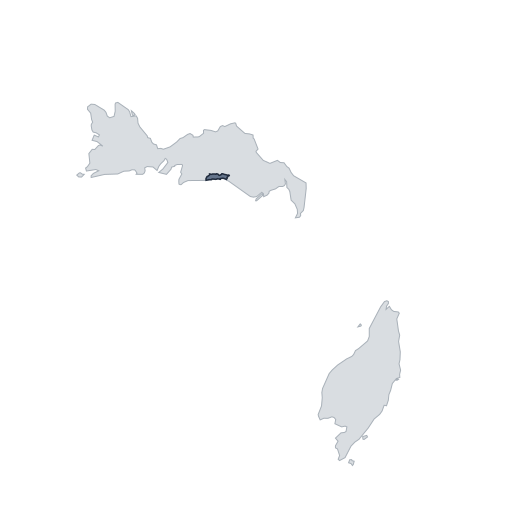 Bintulu, Sarawak, Malaysia shown in context, rotated 230°
{"feature_id": "92858781B86013998002036", "entity_name": "Bintulu", "entity_type": "district", "adm_level": 2, "iso_a3": "MYS", "parent_name": "Malaysia", "parent_adm1": "Sarawak", "projection": "natural_earth1", "projection_center": [113.204, 3.314], "detail": "fine", "context": "in_parent", "style": "filled", "palette": "slate", "viewbox_px": 512, "rotation_deg": 230, "n_neighbors": 0, "source": "geoboundaries", "source_scale": "gbopen_adm2", "svg_char_len": 5573}
<svg xmlns="http://www.w3.org/2000/svg" viewBox="0 0 512 512"><g transform="rotate(230 256 256)"><path d="M440.4,254.3L437.6,253.8L433.6,251.0L429.6,250.0L418.0,249.9L416.3,249.1L414.0,250.7L410.0,249.3L407.7,249.5L405.1,251.2L401.4,249.7L399.7,252.2L397.3,253.7L394.8,260.4L394.3,268.5L394.8,273.4L393.6,276.1L393.1,281.8L392.2,284.2L389.0,285.3L387.5,284.4L384.6,287.9L383.9,289.3L383.7,294.7L386.0,296.5L386.0,297.7L381.2,302.2L377.1,304.8L376.4,307.1L378.1,311.9L377.4,314.2L375.2,315.3L373.6,321.5L371.6,325.4L370.8,325.8L368.0,324.6L357.0,326.3L353.7,329.5L350.6,331.5L348.1,329.6L346.9,329.8L336.6,326.3L336.2,323.3L335.2,322.8L324.6,323.0L318.0,326.2L315.5,333.9L312.0,334.7L309.4,337.4L304.8,337.1L302.0,337.8L297.5,336.6L293.3,336.4L279.8,341.3L275.4,337.8L262.3,324.0L260.4,321.5L260.0,317.3L258.5,316.5L258.0,315.4L257.8,314.1L259.9,310.7L261.9,315.2L265.2,317.6L270.9,319.3L276.2,318.8L283.6,323.3L286.1,324.0L288.6,323.7L293.2,327.2L296.1,327.3L292.3,324.9L291.7,323.0L292.1,321.1L294.5,318.3L294.9,314.0L296.7,309.7L297.1,307.7L295.8,306.2L295.5,303.6L296.5,300.0L299.0,301.8L301.1,301.4L301.1,294.7L302.7,291.9L305.2,289.9L330.5,283.3L334.7,281.7L337.5,279.7L346.6,265.6L357.5,252.4L358.9,247.8L358.8,244.5L359.5,243.7L360.6,243.2L363.0,245.0L364.3,246.3L366.5,251.9L368.6,252.1L372.2,257.5L373.0,258.2L374.0,257.8L376.8,254.4L377.6,251.8L377.0,251.4L378.3,248.5L377.1,246.6L376.1,239.9L382.5,235.2L382.5,240.6L384.3,248.6L387.5,249.7L389.1,249.2L388.2,246.8L387.9,242.2L387.1,239.1L385.1,235.2L390.4,234.3L394.5,230.1L395.1,227.4L392.5,225.8L391.4,223.8L391.4,221.7L395.6,216.7L396.0,218.1L398.7,218.5L400.0,218.4L401.8,216.4L402.7,213.5L405.9,209.3L407.7,202.8L415.8,192.5L422.1,180.2L423.4,181.2L423.8,184.5L422.4,190.3L425.2,188.9L430.1,180.7L432.9,182.0L432.8,184.3L433.9,188.4L441.9,193.8L443.0,199.1L441.2,201.0L441.9,206.2L441.3,207.8L438.6,209.3L445.8,207.8L450.0,204.8L452.6,209.8L448.5,211.8L449.4,213.9L453.2,212.7L455.6,210.9L458.0,211.3L461.6,213.4L462.7,214.5L463.5,216.9L466.2,217.8L471.7,221.2L476.7,221.2L478.5,222.9L478.3,227.3L475.7,229.9L465.2,233.5L462.5,233.4L458.7,232.0L455.9,232.8L454.2,237.0L457.4,241.2L462.8,245.6L463.5,246.7L462.5,248.9L450.2,252.2L447.7,251.9L443.1,249.8L440.4,254.3ZM44.3,194.6L45.6,188.5L47.5,188.3L49.4,191.8L55.8,194.4L57.8,193.6L58.7,194.1L59.6,195.0L61.4,199.8L65.4,199.8L65.9,207.4L64.0,210.3L63.7,212.2L66.7,215.8L68.4,214.9L70.0,211.8L76.8,208.6L79.5,212.0L82.1,212.0L84.0,210.8L85.4,206.8L88.1,203.7L89.2,199.8L93.1,200.9L94.6,201.7L99.0,209.8L104.8,215.6L109.1,218.7L111.7,221.8L118.9,236.5L119.7,241.2L120.0,248.5L118.9,259.4L117.5,264.9L117.8,267.5L119.6,271.4L119.1,275.2L119.2,286.9L121.5,291.0L127.7,296.2L136.9,318.7L138.5,325.1L137.6,327.5L135.9,328.1L134.5,326.9L133.7,323.8L131.5,321.3L131.7,325.8L127.8,325.2L125.0,325.9L121.7,329.0L120.1,329.0L117.3,323.4L106.9,316.9L103.0,315.2L98.9,310.3L89.8,304.9L84.0,299.6L81.5,296.3L75.6,293.4L73.1,290.0L70.5,288.1L71.9,284.8L70.7,278.5L66.5,272.7L64.4,268.7L60.5,264.7L57.4,259.7L59.3,258.2L56.2,252.9L55.2,249.0L55.2,241.7L52.1,231.4L49.4,217.1L49.9,212.1L49.3,206.6L44.3,194.6ZM430.4,175.5L429.0,176.9L428.6,173.1L430.5,171.0L433.2,170.7L433.2,174.1L432.6,175.0L430.4,175.5ZM38.1,194.0L39.7,196.8L38.5,198.4L37.5,198.0L35.7,199.3L33.8,196.6L33.5,195.2L35.9,195.4L38.1,194.0ZM299.9,300.5L299.2,300.8L298.1,299.9L297.9,291.9L298.6,291.2L299.6,292.8L299.9,300.5ZM49.1,221.7L47.4,225.5L45.7,225.1L46.0,220.8L47.0,220.2L49.1,221.7ZM447.4,253.9L444.2,254.4L442.1,254.4L442.4,252.2L443.4,251.9L447.4,253.9ZM137.0,292.2L135.3,292.3L134.9,291.2L136.2,288.5L137.0,292.2ZM71.1,285.4L69.9,285.9L70.1,284.3L70.9,283.4L71.1,285.4Z" fill="#d9dde1" stroke="#a8b0b8" stroke-width="1"/><path d="M336.4,286.0L337.5,285.3L337.8,285.1L338.2,284.7L338.6,284.4L339.0,284.1L339.3,284.0L339.8,283.7L340.2,283.4L340.5,283.2L340.8,282.9L341.0,282.5L340.9,282.3L340.8,282.1L340.7,281.8L340.7,281.5L340.9,281.2L341.0,280.8L341.0,280.4L341.3,279.8L341.5,279.6L341.9,279.5L342.3,279.5L342.6,279.5L343.0,279.5L343.4,279.4L343.6,279.3L343.9,278.7L344.2,278.5L344.5,278.5L344.6,278.3L344.5,278.0L344.6,277.6L344.9,277.3L345.3,277.1L345.5,276.9L345.7,276.7L345.9,276.3L346.3,276.0L346.5,275.8L346.6,275.5L346.8,275.3L346.9,274.8L347.1,274.5L347.8,273.7L348.3,273.6L348.6,273.3L348.3,273.2L348.2,273.0L348.1,272.8L348.0,272.3L348.0,272.0L348.0,271.3L348.0,271.0L348.0,270.7L348.1,270.4L348.2,270.1L348.3,269.9L348.3,269.7L348.2,269.4L348.2,269.2L348.1,268.9L348.0,268.7L347.8,268.5L347.8,268.3L347.7,268.0L347.6,267.8L347.5,267.6L347.4,267.4L347.2,267.3L347.0,267.1L346.6,266.7L346.1,266.4L345.7,267.2L345.1,268.2L345.0,268.4L345.0,268.6L344.9,268.7L344.8,268.9L344.2,269.7L343.7,270.2L343.4,270.6L343.2,270.8L343.1,271.0L343.3,271.3L343.3,271.5L343.0,272.0L342.9,272.2L342.8,272.4L342.3,272.8L341.8,273.4L340.9,274.1L340.4,274.8L340.4,275.0L340.2,275.3L340.1,275.5L340.1,275.8L340.1,276.0L339.9,276.1L339.7,276.3L339.3,276.7L339.2,276.8L338.8,277.1L338.2,277.5L337.9,277.7L337.9,277.8L337.7,278.0L337.8,278.1L338.0,278.1L338.2,278.3L338.0,278.5L338.1,278.8L338.0,279.0L337.9,279.2L337.8,279.3L337.7,279.4L337.5,279.6L337.5,279.8L337.4,280.0L337.2,280.1L337.1,280.4L336.8,280.8L336.4,281.1L335.8,281.5L335.1,281.9L333.7,282.5L333.8,282.8L333.8,283.0L333.9,283.3L334.0,283.6L334.1,283.9L334.4,284.1L334.6,284.1L334.8,284.2L334.9,284.6L334.8,285.2L334.9,285.4L335.0,285.7L335.1,286.1L335.1,286.4L335.0,286.6L334.8,286.8L334.8,287.1L334.9,287.3L335.2,287.3L335.5,287.2L335.9,286.7L336.1,286.3L336.3,286.0L336.4,286.0Z" fill="#64748b" stroke="#1e293b" stroke-width="1.5"/></g></svg>